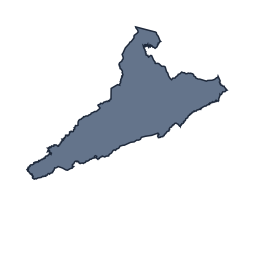 San Juan De Arama, Meta, Colombia, rotated 124°
{"feature_id": "7082276B21683535266968", "entity_name": "San Juan De Arama", "entity_type": "district", "adm_level": 2, "iso_a3": "COL", "parent_name": "Colombia", "parent_adm1": "Meta", "projection": "orthographic", "projection_center": [-73.737, 3.312], "detail": "fine", "context": "isolated", "style": "filled", "palette": "slate", "viewbox_px": 256, "rotation_deg": 124, "n_neighbors": 0, "source": "geoboundaries", "source_scale": "gbopen_adm2", "svg_char_len": 5822}
<svg xmlns="http://www.w3.org/2000/svg" viewBox="0 0 256 256"><g transform="rotate(124 128 128)"><path d="M132.0,112.3L130.4,111.4L128.4,111.7L127.9,111.4L125.0,108.8L120.8,104.2L116.3,100.9L116.3,100.0L115.6,100.1L115.9,98.9L118.1,98.9L119.0,97.4L118.2,96.5L117.5,96.2L117.5,95.9L116.9,95.8L115.7,94.3L115.0,94.4L114.1,93.8L112.9,94.2L111.9,93.7L109.1,93.6L107.5,92.4L106.6,92.9L106.1,92.6L105.4,93.4L103.9,93.4L102.9,92.5L101.2,92.7L100.8,92.2L100.1,92.5L99.5,91.8L98.2,91.9L97.1,90.9L96.9,88.4L97.6,86.3L97.0,86.0L97.3,85.5L96.1,86.0L95.8,85.5L94.3,85.8L94.2,85.4L93.2,84.9L92.3,84.9L92.0,85.3L91.6,84.9L91.0,85.3L89.8,84.6L87.9,85.3L86.3,84.3L84.1,84.8L82.9,84.1L82.5,84.4L81.7,83.9L81.6,84.2L79.7,83.3L79.2,83.6L77.7,82.5L77.0,82.7L76.9,82.1L76.5,82.0L75.8,80.9L74.3,80.8L73.5,79.8L72.5,79.4L72.4,78.8L71.7,78.8L71.7,78.3L71.0,78.6L70.7,78.1L70.0,78.2L67.0,76.7L66.2,75.6L64.7,75.3L63.7,74.4L63.2,74.5L63.0,73.9L62.6,74.3L62.1,74.2L62.3,74.0L62.1,73.8L61.7,74.0L61.5,73.4L61.1,73.6L60.0,72.6L59.5,72.7L59.4,72.1L58.8,72.2L58.9,71.7L58.0,70.7L56.8,70.7L56.8,70.1L56.4,70.2L56.6,69.9L55.9,69.8L56.2,69.4L55.0,68.5L55.2,68.2L54.7,68.1L53.1,69.1L50.1,69.8L48.6,70.6L48.8,69.8L47.8,69.3L45.1,69.7L43.6,67.9L42.3,67.7L41.6,67.3L41.5,67.6L41.2,67.2L40.2,70.9L39.6,71.6L40.4,73.1L40.0,74.0L40.5,74.7L39.5,76.1L39.9,76.3L38.8,77.9L38.3,77.6L37.4,78.0L34.7,82.3L36.1,81.8L36.8,82.7L39.3,83.4L41.4,85.0L44.0,88.5L45.3,89.2L47.3,95.8L48.2,97.1L48.6,99.8L47.9,100.6L48.1,102.4L47.3,103.2L46.9,104.6L47.6,106.8L48.1,107.1L48.8,108.8L49.9,109.4L50.7,110.5L50.6,112.2L51.3,113.1L51.6,114.8L54.0,115.2L55.5,116.4L56.7,116.1L58.8,116.9L60.3,116.9L61.7,118.8L63.6,118.8L63.5,120.3L62.3,123.3L60.2,125.8L59.8,127.5L56.6,131.3L56.7,132.7L58.0,134.5L57.4,138.4L57.7,139.4L59.2,141.4L59.1,141.8L58.2,142.4L57.5,144.6L54.8,148.9L55.2,149.8L57.7,150.5L57.5,151.3L56.7,152.1L57.4,153.6L57.2,154.1L56.3,154.5L55.9,155.6L54.8,155.7L54.5,157.0L53.7,157.6L52.9,159.5L51.2,161.4L51.5,159.5L50.5,158.9L50.5,159.8L49.7,159.9L49.6,160.6L49.3,160.5L48.6,159.1L49.1,158.7L49.1,157.8L48.7,158.4L47.5,158.5L48.3,157.8L47.6,156.7L49.2,156.7L49.5,156.0L48.5,156.3L48.3,154.9L47.6,155.3L47.3,154.7L46.6,155.7L46.4,154.1L47.1,152.4L46.6,151.9L46.8,150.1L44.7,149.4L42.7,149.6L42.5,150.0L41.1,149.7L40.8,150.4L39.8,149.8L38.7,149.9L38.0,149.3L37.7,150.4L35.0,154.3L34.3,156.6L33.1,157.9L33.1,158.9L39.9,178.2L40.6,177.3L41.4,174.7L42.7,173.3L44.1,173.4L47.6,174.6L48.4,174.5L50.0,173.4L54.7,173.7L55.7,174.4L57.6,174.2L63.0,175.0L68.9,174.0L70.2,174.1L72.1,171.5L73.4,170.7L75.2,170.8L76.0,170.5L78.7,171.4L80.2,171.1L80.3,170.5L81.3,170.1L81.2,169.5L83.2,167.7L83.0,166.8L83.9,164.5L84.8,163.9L85.3,163.9L86.4,162.2L87.6,161.8L88.0,162.2L88.4,161.7L88.8,161.9L89.0,161.4L89.4,161.4L89.1,161.0L89.4,161.3L91.9,161.1L92.4,160.6L93.5,160.4L93.7,160.1L93.9,160.3L94.7,159.5L96.8,159.4L97.2,158.9L97.9,160.9L104.6,164.1L113.5,158.3L114.1,158.8L116.0,158.5L116.3,159.6L117.4,159.5L118.0,161.0L118.8,161.2L119.9,162.4L122.0,162.7L122.9,164.6L123.8,164.4L125.5,165.7L126.1,165.5L127.0,162.5L127.6,162.3L132.0,163.5L133.1,165.0L134.3,165.4L136.2,166.8L137.6,166.6L139.4,167.9L140.2,167.9L140.9,168.5L141.4,169.5L143.2,170.5L143.5,171.2L144.5,171.0L146.2,171.8L147.1,171.8L147.9,172.7L149.3,173.1L151.0,172.7L153.7,171.0L154.7,171.7L155.3,172.9L157.1,172.4L157.9,172.8L158.5,171.6L159.8,172.1L161.4,171.4L162.1,171.9L162.5,173.4L163.4,173.3L163.9,174.2L165.2,173.4L166.9,173.1L167.3,173.6L168.2,173.5L168.4,173.9L168.0,174.6L168.9,175.7L170.1,175.0L171.0,174.9L171.4,175.3L172.4,174.7L172.8,174.9L172.9,175.6L173.7,175.6L174.1,176.3L174.6,175.0L175.1,175.8L175.7,175.3L176.7,175.7L177.4,175.1L178.4,175.7L180.0,175.2L181.0,175.9L181.9,175.4L182.4,175.8L182.1,177.8L183.3,179.9L184.7,179.4L185.6,181.3L187.4,181.0L187.6,181.3L187.3,182.2L188.3,182.6L188.6,182.2L189.6,183.3L189.7,182.1L192.6,181.5L191.6,180.9L190.9,181.0L190.6,180.5L191.8,179.3L192.5,179.3L192.4,178.7L191.7,178.2L191.7,177.4L193.0,177.0L193.0,177.8L193.7,178.7L194.8,178.8L195.4,179.2L196.0,179.0L197.1,180.3L198.5,180.5L199.0,180.0L199.6,180.4L199.7,180.1L200.5,180.5L200.4,181.1L202.2,181.5L202.3,182.1L204.9,182.9L204.6,183.6L204.9,183.9L205.7,183.4L206.2,183.8L206.7,183.6L206.9,184.6L207.9,184.9L207.5,185.2L207.7,185.5L208.8,186.3L209.2,186.1L209.5,186.6L210.3,186.0L211.8,186.6L213.1,188.1L214.3,188.3L214.5,187.8L215.3,187.9L216.2,188.8L217.5,188.5L217.2,187.8L218.7,187.1L218.9,187.5L218.4,188.3L219.0,188.5L219.3,187.6L218.9,187.3L219.8,186.9L219.6,185.5L220.2,184.9L220.2,184.1L220.7,183.3L220.6,182.5L220.2,182.8L219.9,181.9L220.6,181.6L220.5,181.2L220.9,181.0L220.8,180.4L221.2,180.3L221.4,179.5L222.2,179.7L222.9,179.0L222.6,178.0L222.9,177.2L221.7,176.4L221.5,175.6L219.8,174.8L217.5,172.3L216.6,172.1L215.9,171.4L215.5,171.5L215.3,170.7L214.6,170.3L214.0,169.2L213.1,169.6L212.2,168.6L210.4,168.7L210.0,168.0L210.1,167.2L209.0,167.1L207.3,165.7L206.6,166.1L206.0,165.7L205.0,166.1L204.3,165.8L202.1,166.5L202.0,166.0L200.5,164.9L199.0,164.4L197.8,159.9L197.5,156.1L196.8,154.5L194.2,153.3L192.4,151.8L192.1,152.1L191.3,151.8L191.5,152.1L190.8,152.7L190.5,152.5L190.6,152.9L189.5,153.6L187.8,153.0L185.9,153.3L184.9,153.0L184.5,152.4L184.6,151.9L184.2,151.8L184.3,151.2L183.6,151.0L183.8,149.6L184.3,149.2L184.3,147.8L183.5,147.4L182.4,145.9L182.3,145.1L181.2,144.8L180.3,144.0L178.9,144.2L178.1,143.0L176.5,142.2L175.4,142.2L174.4,141.0L173.1,140.6L171.4,138.9L170.4,139.9L169.2,139.6L169.0,138.1L169.9,137.8L170.5,138.0L170.8,135.4L169.8,135.4L169.3,134.7L168.5,134.8L167.3,134.4L166.5,133.6L165.7,133.7L165.0,131.0L163.6,130.4L162.0,128.4L160.5,128.8L158.0,127.7L155.0,127.8L153.9,127.2L153.5,125.8L151.8,125.8L150.9,124.9L149.5,124.3L147.5,124.5L145.2,122.6L144.3,121.4L138.4,117.8L136.0,115.1L133.3,114.1L132.0,112.3Z" fill="#64748b" stroke="#1e293b" stroke-width="1.5"/></g></svg>